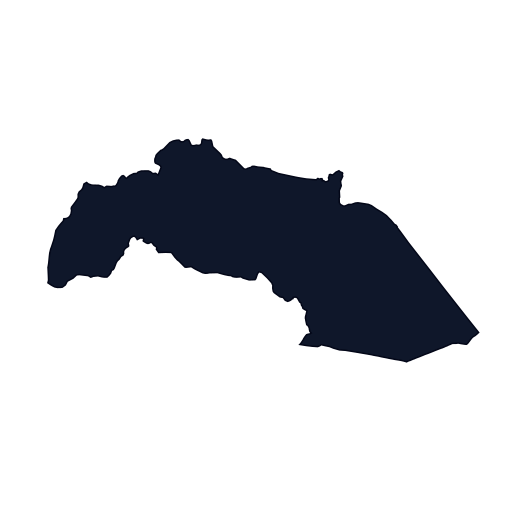 the district of Hulu Sungai Selatan, Kalimantan Selatan, Indonesia, rotated 172°
{"feature_id": "22746128B37889128386884", "entity_name": "Hulu Sungai Selatan", "entity_type": "district", "adm_level": 2, "iso_a3": "IDN", "parent_name": "Indonesia", "parent_adm1": "Kalimantan Selatan", "projection": "albers", "projection_center": [115.26, -2.718], "detail": "fine", "context": "isolated", "style": "filled", "palette": "ink", "viewbox_px": 512, "rotation_deg": 172, "n_neighbors": 0, "source": "geoboundaries", "source_scale": "gbopen_adm2", "svg_char_len": 5957}
<svg xmlns="http://www.w3.org/2000/svg" viewBox="0 0 512 512"><g transform="rotate(172 256 256)"><path d="M441.1,319.7L442.0,317.4L444.1,315.7L447.1,313.0L450.6,309.2L452.5,303.8L454.1,299.8L457.1,293.7L458.4,291.3L458.7,290.5L459.8,287.7L460.6,284.7L462.2,278.0L463.5,273.7L463.5,274.2L464.3,265.6L464.8,260.9L465.8,258.4L465.1,257.8L463.6,256.4L461.6,254.8L459.6,253.4L456.9,252.5L453.8,252.1L452.1,252.1L448.8,253.9L446.4,257.3L440.3,259.5L436.3,262.3L433.5,262.2L424.8,259.9L422.6,258.0L420.7,258.4L420.2,258.6L417.7,258.5L415.2,258.4L411.5,256.9L409.4,256.3L408.0,256.1L406.4,255.9L404.3,257.4L402.4,259.2L401.3,261.4L400.5,262.1L399.3,262.4L398.4,263.4L397.9,264.2L395.4,268.8L393.9,270.6L392.1,271.8L389.9,274.4L388.6,275.0L387.5,275.5L386.7,277.1L386.7,277.3L386.7,278.2L386.3,279.5L385.7,280.4L384.8,281.3L383.8,282.0L382.9,282.5L381.6,283.0L380.8,283.6L380.8,283.8L380.7,284.1L380.7,284.8L380.8,286.4L379.9,288.0L378.9,290.0L377.6,291.5L375.1,292.6L373.7,292.6L372.3,291.2L371.3,288.8L368.1,290.0L366.8,289.7L365.3,289.4L364.9,289.2L364.7,288.7L364.9,288.3L365.5,286.9L365.5,286.4L362.7,284.1L361.4,283.5L360.2,283.5L359.7,283.8L359.4,283.9L358.6,284.1L357.5,283.9L357.1,283.6L355.7,281.0L354.6,279.9L353.4,278.9L353.2,278.1L353.3,277.4L353.5,277.0L353.7,276.5L351.9,273.0L345.0,272.3L339.9,271.4L338.9,270.8L338.9,270.7L336.5,266.2L334.4,263.1L332.9,261.6L327.9,254.9L326.7,254.6L321.6,254.5L318.5,251.9L315.8,250.0L314.1,248.9L311.0,246.8L308.7,246.0L306.6,245.8L304.2,245.9L301.1,245.5L296.5,245.0L292.0,243.0L289.4,241.9L287.7,241.3L285.7,240.6L284.3,240.3L283.3,240.0L282.2,239.1L282.0,238.9L280.0,238.2L278.1,237.8L273.7,237.5L272.0,236.0L266.1,233.3L260.3,232.7L259.4,233.5L257.1,238.0L255.6,239.8L254.4,239.7L252.5,238.8L247.7,232.7L244.0,227.1L243.9,226.4L243.4,224.7L243.4,224.3L243.7,223.0L243.9,221.4L243.8,218.7L243.1,217.3L242.0,216.2L237.9,212.2L237.3,212.0L234.8,211.1L233.2,208.1L231.0,206.7L229.3,207.0L227.6,207.6L226.6,208.6L225.6,208.5L225.2,208.9L225.2,209.8L224.9,209.8L224.4,209.8L223.8,209.9L222.9,209.9L222.2,209.6L221.6,209.3L221.3,209.1L220.8,208.7L219.1,204.3L218.0,203.4L217.7,200.6L217.1,199.8L216.8,197.6L215.3,196.3L213.2,194.8L213.1,194.7L214.5,191.1L215.4,189.0L215.7,187.5L215.6,186.4L215.6,184.9L215.3,180.9L214.3,180.1L213.9,179.1L213.3,177.5L213.3,175.5L213.1,173.7L212.3,172.4L212.0,172.0L212.9,171.6L214.1,171.2L215.1,171.3L216.8,171.0L217.6,170.3L218.8,169.1L219.6,168.2L220.2,167.5L221.0,166.3L221.9,165.3L223.0,164.0L223.7,163.3L224.9,162.3L218.8,160.4L212.7,158.8L207.6,157.7L205.9,158.1L204.9,158.5L204.0,159.1L203.8,159.1L199.9,157.6L195.7,156.1L192.1,154.0L186.3,151.4L180.6,150.2L167.4,146.1L167.2,146.0L159.3,143.5L158.4,143.2L155.3,142.2L153.5,141.5L151.4,140.8L148.6,139.9L145.8,138.8L141.1,137.2L137.5,135.9L135.3,135.2L132.8,134.3L130.1,133.5L128.8,133.1L126.4,132.3L124.1,131.4L121.9,130.4L121.5,130.5L121.4,130.3L120.4,130.7L119.6,130.9L119.3,131.0L117.8,131.2L116.1,131.7L114.6,132.1L113.4,132.3L112.6,132.6L111.3,132.9L109.5,133.3L107.7,133.7L105.4,134.3L104.2,134.6L102.4,135.1L99.8,135.6L96.8,136.3L94.4,136.9L91.7,137.6L88.8,138.3L87.0,138.7L85.7,139.0L84.4,139.2L83.3,139.5L81.8,139.9L80.7,140.3L79.7,140.4L78.6,140.8L77.4,141.2L76.3,141.4L75.0,141.8L74.2,142.1L73.5,142.1L72.4,142.0L69.9,141.7L67.9,141.7L67.0,141.4L65.3,140.8L62.0,139.8L60.0,139.3L59.2,139.6L59.1,139.8L58.6,140.1L58.3,140.3L58.0,140.6L57.0,141.6L56.2,142.4L54.6,144.0L54.1,144.5L52.8,145.5L52.2,145.8L52.3,145.8L50.0,146.8L48.9,147.5L48.5,147.7L46.2,149.3L55.3,164.7L63.1,178.1L74.7,198.1L76.7,201.6L85.5,217.1L103.6,248.5L104.1,249.5L109.7,260.0L112.3,264.6L112.5,264.9L112.1,265.2L113.0,267.0L114.5,268.0L117.6,272.9L118.7,274.3L121.2,277.8L125.3,281.7L130.3,285.7L130.8,286.2L134.7,289.8L137.6,291.5L145.5,293.9L147.7,294.5L150.3,294.6L154.2,293.8L157.0,294.2L160.9,293.1L162.7,293.4L164.3,294.6L165.2,295.2L166.1,297.2L165.6,301.7L165.0,302.6L164.5,308.5L164.5,308.8L164.4,309.1L161.8,313.6L161.8,314.9L161.9,315.8L161.9,316.1L161.8,318.4L159.0,322.9L159.1,323.5L159.3,324.2L159.1,324.9L158.7,325.5L158.8,326.3L159.2,326.7L160.8,327.5L162.0,328.9L165.2,327.9L168.0,326.0L168.8,325.6L169.6,325.8L171.1,326.5L172.0,326.3L172.6,324.8L172.9,324.1L173.3,323.6L173.3,322.6L173.1,321.3L174.2,320.2L175.3,319.9L176.9,319.7L178.6,321.3L179.9,321.3L179.7,322.5L179.9,323.4L181.3,323.6L182.6,323.2L183.9,324.2L185.8,323.1L195.7,325.3L203.1,327.6L206.3,328.7L222.2,334.5L229.2,338.5L229.7,340.1L235.5,342.1L236.1,342.5L241.8,343.8L245.4,345.1L247.3,345.3L248.5,344.5L252.3,343.9L253.0,343.5L253.9,343.4L254.8,343.5L255.9,344.1L263.0,353.6L265.0,354.5L267.4,355.7L268.4,356.3L271.0,355.7L273.3,356.1L275.7,358.1L276.4,360.8L277.3,362.3L283.6,370.3L284.0,375.9L284.6,377.2L287.1,377.2L289.2,377.8L292.5,379.2L293.3,378.5L294.2,375.1L295.3,373.9L296.6,373.5L297.9,373.6L299.6,374.1L301.6,373.9L303.1,374.0L304.7,374.6L306.2,379.5L307.1,380.7L308.8,380.7L310.2,380.3L311.2,379.5L312.5,379.2L314.5,379.6L316.2,381.5L318.6,381.7L322.1,381.4L325.5,380.3L332.3,375.0L334.4,374.0L335.6,373.8L339.5,371.0L340.4,370.0L340.9,369.7L341.4,368.3L342.6,366.2L343.0,364.0L342.9,362.8L342.9,362.5L342.5,361.9L339.8,360.2L339.6,360.1L338.2,358.7L337.9,358.0L337.7,356.8L340.6,351.6L341.8,349.8L343.9,351.9L345.6,351.9L346.9,352.0L348.7,354.0L350.7,355.2L353.6,355.6L357.7,356.1L359.5,355.8L361.0,355.5L361.4,355.3L361.7,354.8L361.8,354.7L362.8,354.4L365.6,354.6L369.6,353.3L371.6,352.2L373.4,351.0L373.6,350.9L374.3,351.3L374.4,351.5L375.2,353.1L376.4,354.1L377.9,353.8L380.3,351.7L381.9,349.6L382.2,348.7L382.9,347.4L384.9,345.1L386.3,344.7L387.0,345.0L389.6,344.8L392.1,345.4L394.3,345.8L396.7,344.7L398.9,346.5L402.0,347.9L408.7,349.0L412.0,350.7L413.5,352.4L416.3,351.3L417.9,347.7L419.4,345.8L422.1,344.1L423.5,341.9L423.9,338.8L424.7,337.4L427.7,334.2L431.9,330.0L432.4,328.6L432.3,327.0L432.7,325.4L433.4,323.3L434.8,321.4L436.2,320.3L437.7,319.7L439.4,319.5L441.1,319.7Z" fill="#0f172a" stroke="#020617" stroke-width="1.5"/></g></svg>